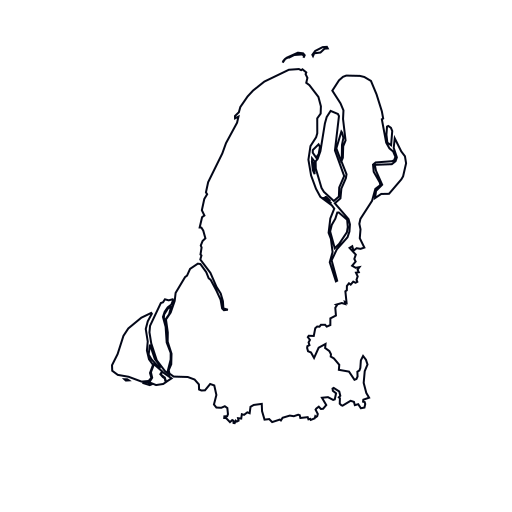 Pyapon, Ayeyarwady, Myanmar, rotated 161°
{"feature_id": "60261553B36201163114452", "entity_name": "Pyapon", "entity_type": "district", "adm_level": 2, "iso_a3": "MMR", "parent_name": "Myanmar", "parent_adm1": "Ayeyarwady", "projection": "orthographic", "projection_center": [95.471, 16.16], "detail": "fine", "context": "isolated", "style": "outline", "palette": "ink", "viewbox_px": 512, "rotation_deg": 161, "n_neighbors": 0, "source": "geoboundaries", "source_scale": "gbopen_adm2", "svg_char_len": 6096}
<svg xmlns="http://www.w3.org/2000/svg" viewBox="0 0 512 512"><g transform="rotate(161 256 256)"><path d="M148.5,247.2L147.8,252.8L145.2,257.1L128.3,270.4L121.3,280.6L115.4,282.5L115.0,285.2L117.3,297.3L115.6,304.3L112.4,305.5L96.7,301.4L94.3,301.5L91.9,304.3L92.3,310.2L94.8,314.3L96.0,320.8L92.5,344.3L91.0,344.6L89.9,351.8L89.4,369.6L90.3,384.1L95.3,390.0L99.2,392.5L111.9,397.2L115.4,397.1L120.3,395.1L130.0,387.5L126.4,372.8L125.9,365.2L129.1,357.2L133.7,336.1L137.8,331.4L141.9,320.6L144.4,317.8L143.8,303.8L145.7,300.3L153.3,292.0L157.4,283.0L164.3,280.2L156.5,260.7L156.9,255.3L159.7,248.7L163.4,243.9L177.4,236.0L185.9,227.3L187.3,206.2L188.7,206.0L188.3,226.1L182.3,234.8L179.6,247.9L179.8,254.3L173.5,267.3L166.6,275.3L167.8,279.2L175.9,291.0L177.4,300.1L177.7,314.2L175.1,330.0L168.7,342.2L160.5,348.7L158.1,352.1L153.3,366.2L148.5,369.6L145.9,376.4L145.2,386.1L149.9,400.2L152.1,403.4L149.4,407.7L149.9,411.8L148.7,413.2L151.3,417.4L152.8,417.0L154.6,418.8L164.3,421.4L191.3,418.2L204.9,413.4L212.0,409.6L222.3,402.0L225.4,397.5L230.3,395.2L231.0,393.0L227.2,393.5L230.5,388.2L247.6,372.5L254.5,363.9L277.2,341.4L282.6,332.5L282.1,330.3L286.3,326.8L292.3,316.9L291.6,311.1L294.3,310.3L300.0,301.3L298.4,300.6L297.6,297.2L298.1,289.2L301.6,287.6L304.8,283.9L304.7,281.7L308.0,275.5L307.4,274.3L309.8,270.8L304.6,254.9L303.4,239.7L301.6,232.0L302.0,224.0L303.9,217.1L300.1,214.4L304.0,215.2L305.1,217.4L303.7,226.2L304.7,236.1L306.6,248.2L308.0,250.4L308.3,256.9L311.2,266.5L313.5,267.7L322.5,265.3L327.6,259.9L329.9,259.2L344.0,247.3L347.5,240.0L355.1,230.3L361.8,225.3L364.3,212.4L367.4,203.8L367.7,191.1L371.4,181.2L375.7,176.5L376.1,173.0L373.1,168.8L359.9,163.8L354.3,159.2L351.8,153.2L353.3,148.3L351.4,146.6L348.0,145.6L341.0,149.9L337.6,147.2L338.7,137.5L344.1,129.3L342.8,125.6L338.3,123.8L334.4,124.1L332.6,121.6L334.0,115.6L335.4,113.9L338.1,114.7L338.8,113.2L337.0,112.4L334.7,107.4L331.9,108.6L331.0,107.7L331.6,105.4L330.6,104.9L328.8,106.9L328.1,105.7L326.1,106.0L325.8,108.5L322.9,107.1L320.9,111.0L319.0,109.7L315.1,111.0L313.2,109.4L310.3,115.2L306.7,115.9L298.7,114.3L300.8,107.3L301.2,98.5L296.6,97.5L294.8,93.7L286.8,93.6L286.0,92.4L283.5,94.4L276.0,94.1L272.4,92.2L267.8,92.2L266.5,91.2L266.8,88.4L259.6,86.8L259.6,84.5L257.8,84.4L257.6,83.2L253.4,83.4L252.1,85.2L251.6,84.2L250.3,84.6L249.0,86.5L249.7,91.3L248.7,92.1L245.7,93.1L244.4,90.2L242.3,89.7L238.1,92.2L239.8,100.5L233.9,99.1L229.9,94.8L228.2,94.8L225.0,100.1L227.2,103.5L226.8,105.7L225.5,106.0L221.4,100.8L221.8,96.4L223.7,95.4L223.0,94.1L224.9,89.1L223.9,87.1L222.9,86.3L213.7,88.3L210.9,86.2L211.1,82.8L207.6,82.6L206.4,77.9L202.8,77.4L200.9,80.5L200.8,82.5L202.2,83.4L201.3,85.2L195.2,85.2L196.3,90.6L195.5,101.0L190.7,111.7L185.9,117.1L185.8,122.1L187.3,126.6L190.8,123.2L193.8,116.2L195.5,114.1L197.8,113.6L199.2,109.0L201.1,107.0L203.2,106.9L205.7,116.4L214.7,121.4L212.7,126.0L215.7,133.8L218.1,136.6L217.1,138.7L217.6,142.2L220.6,146.5L218.9,150.2L226.6,148.9L234.3,140.7L235.4,146.9L237.8,149.0L237.6,152.4L236.8,154.0L234.5,154.3L234.4,157.2L232.3,159.1L233.4,162.4L232.1,163.4L227.4,161.6L223.5,168.4L221.1,169.4L219.0,168.5L217.0,169.8L213.1,168.5L212.1,166.2L208.2,166.5L206.0,172.8L199.8,173.7L197.9,181.2L195.5,183.1L196.1,183.9L190.2,183.6L187.1,181.4L186.9,183.7L185.6,182.3L183.0,193.5L181.3,194.0L179.8,198.1L177.0,199.9L175.8,198.1L172.4,200.1L170.6,198.3L168.6,198.6L168.7,200.8L166.5,203.6L166.9,207.7L164.1,207.2L164.4,210.0L161.8,211.8L165.6,212.4L168.3,215.5L163.6,218.3L164.0,221.2L161.2,224.8L164.9,233.2L161.8,233.9L162.1,229.3L158.3,230.6L154.8,228.7L150.8,228.7L152.1,239.0L148.5,247.2ZM373.6,236.3L384.5,235.0L400.3,229.1L407.3,223.7L418.8,208.3L427.7,199.6L429.3,194.3L425.4,188.6L415.8,183.3L405.1,174.5L398.2,172.8L394.6,174.9L394.3,179.9L388.8,186.6L390.8,193.2L389.9,202.2L386.2,210.4L384.0,222.9L379.6,229.5L373.3,235.3L373.6,236.3ZM138.2,368.9L143.9,364.4L147.7,358.9L161.0,334.1L166.1,327.7L168.8,326.1L171.0,319.3L171.9,299.0L170.9,294.5L164.5,282.7L158.3,285.2L155.0,293.7L146.6,302.9L147.0,330.1L132.0,361.3L132.3,363.6L138.2,368.9ZM361.3,242.5L378.9,224.5L381.6,218.5L383.5,207.5L383.8,189.7L379.5,176.7L377.0,173.1L376.8,176.1L370.4,185.9L368.2,192.2L368.6,203.3L364.5,218.5L363.8,228.7L360.5,233.0L356.2,236.2L351.9,237.6L348.8,241.2L348.9,242.2L353.0,242.5L356.2,244.7L359.0,242.5L361.3,242.5ZM117.4,273.9L110.0,271.5L93.7,281.1L91.0,283.4L83.9,294.8L82.7,301.8L84.6,307.6L86.5,322.1L90.6,313.4L90.7,303.4L93.2,300.2L97.7,298.6L114.0,303.5L114.8,297.7L113.5,282.3L121.3,278.5L124.6,272.0L117.4,273.9ZM165.0,270.6L168.9,265.4L174.2,260.8L177.9,255.1L179.0,237.7L173.4,240.4L162.3,248.9L159.8,253.5L158.0,260.6L163.6,270.2L165.0,270.6ZM387.7,186.9L393.2,180.3L393.8,174.7L398.0,171.3L392.5,166.5L385.4,165.2L382.1,166.1L382.4,167.7L382.0,170.6L382.6,170.7L383.5,171.9L384.9,175.4L382.3,177.5L387.7,186.9ZM134.8,345.8L145.0,331.6L144.7,319.0L142.7,321.5L138.5,333.1L134.9,339.3L134.5,344.7L134.8,345.8ZM90.0,335.7L93.2,328.2L94.9,320.4L92.2,316.8L86.5,329.8L86.7,333.3L88.6,335.9L90.0,335.7ZM385.1,206.7L389.6,197.8L388.4,192.2L384.2,182.5L383.2,182.1L382.6,183.5L385.2,191.6L385.1,206.7ZM160.5,341.2L167.8,337.7L168.7,335.2L167.1,329.5L163.6,331.9L160.0,338.4L160.5,341.2ZM356.0,235.3L361.9,230.6L363.4,227.2L362.9,224.9L357.1,229.2L353.0,235.3L356.0,235.3ZM382.2,176.8L384.8,175.3L381.8,170.6L382.0,166.2L375.7,167.8L382.2,176.8ZM137.2,427.9L137.0,426.5L135.0,428.7L128.8,427.4L123.7,429.7L120.6,428.9L120.9,430.7L125.0,431.8L133.3,430.6L137.2,427.9ZM146.9,431.6L145.3,429.8L146.5,428.0L144.6,430.0L145.5,432.3L150.2,434.6L162.3,433.5L164.5,432.8L166.7,431.5L167.8,430.2L164.2,432.8L158.4,433.7L158.9,433.0L154.5,433.6L146.9,431.6ZM404.6,173.0L398.5,168.5L397.0,168.6L399.8,172.3L404.6,173.0ZM172.9,324.8L174.3,318.6L173.9,314.3L171.9,322.6L172.9,324.8ZM171.2,330.0L172.4,326.7L171.4,323.0L169.9,326.4L171.2,330.0ZM173.2,288.8L169.7,283.0L167.6,281.2L171.8,288.4L173.2,288.8ZM420.5,182.3L419.6,180.6L416.7,179.8L417.8,181.3L420.5,182.3ZM171.8,289.5L170.9,288.5L167.8,283.8L170.3,288.8L171.8,289.5Z" fill="none" stroke="#020617" stroke-width="2"/></g></svg>